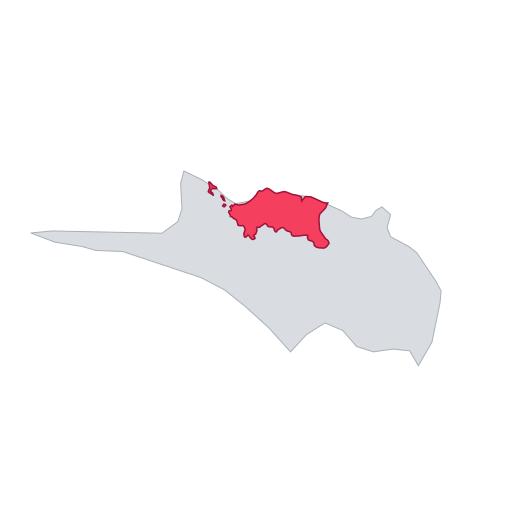 Larnaca highlighted on a map of Cyprus, rotated 216°
{"feature_id": "CYP-3463", "entity_name": "Larnaca", "entity_type": "District", "adm_level": 1, "iso_a3": "CYP", "parent_name": "Cyprus", "parent_adm1": "", "projection": "robinson", "projection_center": [33.519, 34.89], "detail": "fine", "context": "in_parent", "style": "filled", "palette": "rose", "viewbox_px": 512, "rotation_deg": 216, "n_neighbors": 0, "source": "natural_earth", "source_scale": "10m", "svg_char_len": 3277}
<svg xmlns="http://www.w3.org/2000/svg" viewBox="0 0 512 512"><g transform="rotate(216 256 256)"><path d="M359.7,270.5L364.3,282.4L344.6,285.9L324.7,287.1L313.7,285.5L303.3,286.3L271.2,320.4L253.9,332.0L233.2,338.9L212.3,343.0L201.7,343.5L192.5,347.9L185.9,355.8L185.7,363.5L183.0,369.8L171.4,368.5L166.7,356.1L158.5,350.7L138.1,353.5L128.1,353.2L95.6,341.3L85.7,336.5L79.6,326.3L63.0,289.7L60.2,262.7L75.9,269.6L90.5,261.2L104.6,247.5L121.4,241.9L131.9,244.4L142.2,246.7L160.9,242.4L169.0,222.1L171.7,198.7L203.3,205.4L235.3,208.9L261.5,210.1L287.3,206.3L366.4,181.3L388.8,166.4L402.6,161.3L426.7,149.0L451.8,142.2L435.7,156.4L345.4,219.2L339.5,237.8L343.6,250.7L356.4,266.4L359.7,270.5Z" fill="#d9dde1" stroke="#a8b0b8" stroke-width="1"/><path d="M276.8,264.8L278.3,266.1L279.4,267.9L280.2,270.9L282.4,272.6L284.6,272.9L286.4,271.3L288.5,270.3L292.6,273.5L295.1,273.5L295.8,273.2L298.4,273.5L299.9,272.9L300.8,273.9L303.8,275.3L304.4,276.8L302.8,278.1L303.4,279.4L306.1,280.5L305.4,283.0L303.9,282.5L303.7,285.6L300.0,287.0L295.5,291.5L294.2,294.2L293.0,297.6L292.1,301.3L291.8,305.1L292.1,309.0L291.7,310.8L290.1,311.5L289.0,312.3L287.8,316.0L287.0,317.2L284.3,318.0L278.6,318.0L276.3,318.6L274.8,320.2L273.0,322.6L271.0,324.8L268.6,325.7L263.0,327.1L258.0,329.5L253.9,330.4L251.3,327.3L251.1,333.1L246.2,336.2L233.2,338.8L230.6,340.0L229.1,341.1L229.0,340.6L228.0,335.8L228.0,335.0L229.0,328.1L229.0,327.3L228.7,326.5L227.5,324.1L225.7,321.4L220.4,315.3L219.5,314.6L218.3,313.8L210.0,310.9L209.5,310.8L207.5,310.9L206.8,310.7L205.5,310.1L204.3,309.0L204.4,305.1L205.0,303.4L205.3,302.9L205.7,302.4L206.3,301.9L209.6,299.8L211.1,299.1L213.1,298.6L214.2,298.6L215.1,298.8L215.6,299.2L216.4,300.3L217.1,300.7L217.8,300.9L218.6,301.0L219.4,300.9L222.9,299.8L223.6,300.0L224.1,300.5L225.1,301.0L225.4,301.2L225.6,301.7L225.6,302.2L225.8,302.7L226.4,303.0L227.6,302.4L229.4,301.0L233.0,297.5L237.3,294.1L238.9,293.8L239.7,294.1L240.3,294.5L241.2,295.5L242.1,295.6L243.3,295.4L245.4,294.6L246.6,294.4L249.9,295.0L250.6,295.1L251.3,294.6L252.1,293.6L253.3,291.0L253.7,289.6L253.7,288.5L253.6,287.8L253.8,287.4L254.1,287.1L254.9,287.1L255.6,287.3L256.1,287.6L257.6,288.8L258.3,289.1L259.1,289.2L260.0,288.9L262.7,287.3L263.7,287.0L264.5,287.2L265.0,287.6L265.8,287.8L266.6,287.9L267.3,287.8L268.0,287.3L269.7,282.7L269.9,281.7L270.2,281.1L270.6,280.6L272.2,279.9L272.1,279.4L271.6,278.5L270.9,278.0L270.4,277.4L270.1,276.8L269.5,274.6L269.1,273.5L270.0,271.8L270.0,270.8L268.6,270.8L267.4,270.0L267.1,269.6L267.6,268.2L268.7,267.2L269.9,267.2L271.5,267.5L273.7,268.3L274.8,268.2L275.1,266.1L275.7,264.8L276.8,264.8ZM328.8,288.4L327.4,287.5L329.6,285.6L331.1,285.3L331.1,281.7L327.8,281.3L325.9,279.7L327.5,280.1L328.7,279.9L331.4,279.8L332.3,279.9L332.4,280.0L332.6,280.4L333.0,281.5L333.3,283.2L333.5,283.9L334.2,284.7L337.6,287.9L336.8,288.7L332.0,287.7L328.8,288.4ZM314.9,282.0L316.3,282.3L317.0,283.2L317.8,283.2L318.5,283.2L319.3,283.6L319.8,284.6L319.6,284.6L318.7,284.8L318.2,284.9L317.7,284.9L317.4,284.3L316.6,284.1L315.8,284.1L315.5,283.3L314.8,283.0L313.7,282.3L314.1,282.0L314.9,282.0ZM311.5,276.8L312.5,277.0L312.5,279.1L311.6,279.4L310.9,279.7L310.3,279.4L310.2,278.9L310.4,277.9L310.6,277.1L311.5,276.8Z" fill="#f43f5e" stroke="#9f1239" stroke-width="1.5"/></g></svg>